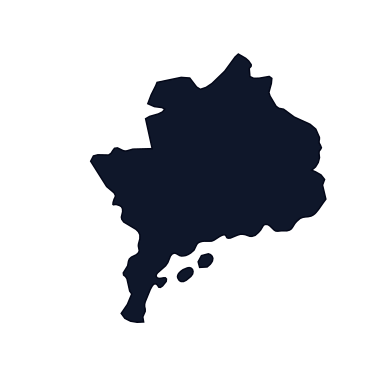 map outline of Hautes-Pyrénées (Albers equal-area conic projection), rotated 225°
{"feature_id": "FRA-5305", "entity_name": "Hautes-Pyrénées", "entity_type": "Metropolitan department", "adm_level": 1, "iso_a3": "FRA", "parent_name": "France", "parent_adm1": "", "projection": "albers", "projection_center": [0.066, 43.14], "detail": "fine", "context": "isolated", "style": "filled", "palette": "ink", "viewbox_px": 384, "rotation_deg": 225, "n_neighbors": 0, "source": "natural_earth", "source_scale": "10m", "svg_char_len": 2965}
<svg xmlns="http://www.w3.org/2000/svg" viewBox="0 0 384 384"><g transform="rotate(225 192 192)"><path d="M112.8,295.3L107.1,294.6L104.6,289.2L92.3,281.6L91.5,276.5L90.2,269.2L89.8,265.2L89.8,263.3L90.1,261.3L90.8,259.2L92.4,256.7L94.1,254.7L95.8,252.4L96.9,249.7L97.2,245.2L97.0,242.5L96.0,238.2L95.7,236.2L96.1,234.1L97.5,231.6L101.1,228.1L103.6,225.0L105.1,223.7L106.8,223.2L112.9,223.1L115.1,222.7L117.1,221.2L118.0,219.2L116.6,213.6L116.4,210.3L116.7,206.0L118.3,203.0L119.8,201.6L124.2,199.5L126.0,198.2L127.9,196.4L129.3,193.8L132.3,186.6L133.8,184.9L135.0,184.4L137.7,185.2L139.1,184.5L140.2,182.6L141.0,180.1L142.4,173.5L143.3,171.3L144.8,169.6L148.4,166.1L149.9,164.3L150.9,162.5L151.6,160.8L151.7,159.2L151.4,157.8L149.5,152.4L149.8,148.0L150.5,145.2L151.5,142.7L152.8,140.9L154.2,139.3L155.7,138.4L159.7,137.3L161.3,136.3L162.2,134.3L162.0,131.5L159.2,125.0L158.5,121.1L159.2,110.3L158.8,108.4L157.8,107.0L155.7,106.7L154.1,107.7L152.8,109.2L151.6,111.0L150.1,112.5L148.5,112.4L147.0,110.5L146.4,104.8L146.9,102.2L148.2,101.2L149.9,101.6L151.7,101.8L153.2,101.0L153.9,99.5L153.6,97.0L152.6,93.6L147.4,81.2L146.1,79.1L144.5,77.5L142.3,76.1L140.7,74.5L138.5,68.9L134.3,65.9L138.7,61.1L144.1,57.2L150.1,55.2L156.2,56.1L158.2,66.8L162.5,77.3L166.0,77.9L176.7,84.7L179.3,85.2L181.6,84.9L183.4,86.2L185.3,94.3L188.0,98.2L188.9,100.3L188.8,103.1L187.0,108.3L186.9,111.1L187.7,113.1L191.8,115.9L193.0,117.3L195.8,122.1L198.6,124.9L201.8,126.0L205.2,126.0L219.1,122.5L222.4,123.1L224.2,124.3L227.1,129.0L229.3,131.0L231.4,131.7L233.7,131.2L236.6,129.7L237.7,128.6L238.4,127.5L239.1,127.3L240.4,128.8L242.0,131.8L242.7,134.0L243.7,135.4L246.5,136.3L256.2,135.5L285.4,142.1L287.2,147.8L284.9,151.7L277.1,159.2L276.6,162.2L277.3,165.2L277.7,168.1L275.9,170.5L270.1,172.5L268.3,173.6L267.1,175.1L264.1,180.5L250.8,194.5L276.6,211.0L275.4,215.5L271.0,223.4L269.5,227.8L269.9,231.4L272.9,230.5L279.0,225.8L285.7,223.2L289.6,231.9L292.8,241.5L294.2,244.8L280.7,265.4L274.2,271.0L263.0,269.5L258.7,270.5L256.0,275.9L254.6,282.9L254.3,300.6L257.0,318.0L256.8,322.3L248.6,324.5L244.5,324.7L240.2,323.9L239.2,322.9L239.0,321.7L239.1,320.5L238.6,319.6L232.7,314.6L228.8,316.0L225.1,319.8L219.1,328.3L215.9,328.8L212.6,324.8L208.0,316.7L204.6,315.0L193.2,312.1L189.8,312.6L185.8,315.3L172.7,317.3L156.3,323.4L148.9,324.0L140.5,320.7L139.2,319.4L138.2,317.9L136.8,316.6L134.1,315.8L131.8,314.8L131.2,312.9L131.0,310.9L129.7,309.3L126.1,306.4L123.6,302.1L122.4,297.1L122.8,292.0L119.0,293.6L112.8,295.3ZM133.3,144.1L138.3,147.0L140.3,153.7L136.7,159.9L134.6,160.8L132.4,160.8L130.4,159.9L128.8,157.7L128.3,155.8L128.0,153.8L128.3,149.7L133.3,144.1ZM138.9,120.5L141.4,121.2L142.5,122.0L143.2,123.1L143.7,124.5L143.9,126.1L143.8,128.5L143.4,130.8L141.7,134.9L141.1,135.8L140.5,136.6L139.7,137.1L139.0,137.5L136.9,137.6L135.0,136.5L133.6,134.5L133.1,131.5L133.7,125.5L134.7,122.7L136.4,121.0L137.6,120.6L138.9,120.5Z" fill="#0f172a" stroke="#020617" stroke-width="1.5"/></g></svg>